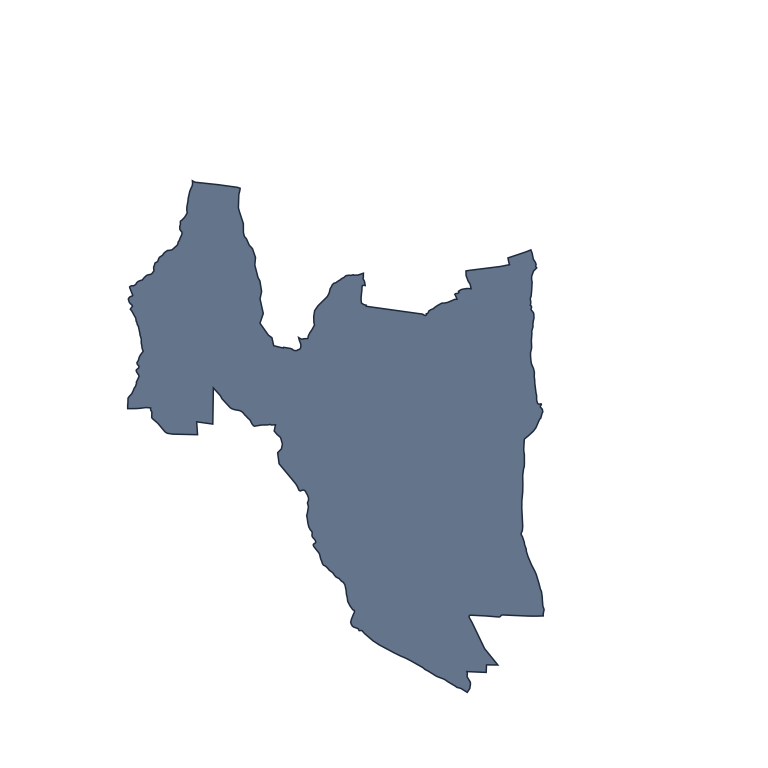 outline of Cuaxomulco, Tlaxcala, Mexico, rotated 225°
{"feature_id": "50627088B93382827511262", "entity_name": "Cuaxomulco", "entity_type": "district", "adm_level": 2, "iso_a3": "MEX", "parent_name": "Mexico", "parent_adm1": "Tlaxcala", "projection": "albers", "projection_center": [-98.088, 19.345], "detail": "fine", "context": "isolated", "style": "filled", "palette": "slate", "viewbox_px": 768, "rotation_deg": 225, "n_neighbors": 0, "source": "geoboundaries", "source_scale": "gbopen_adm2", "svg_char_len": 6171}
<svg xmlns="http://www.w3.org/2000/svg" viewBox="0 0 768 768"><g transform="rotate(225 384 384)"><path d="M616.3,257.5L613.7,257.2L606.1,255.0L604.4,253.8L603.8,253.2L602.1,252.7L600.6,251.6L598.5,251.1L592.0,246.9L591.5,246.3L587.6,244.3L584.5,241.2L582.4,239.9L580.6,238.4L578.1,237.1L577.4,236.9L576.9,232.8L576.1,230.0L574.4,227.0L573.8,224.4L572.9,223.7L571.9,223.4L570.0,223.4L569.4,222.8L568.9,221.8L569.1,219.0L568.9,218.4L568.0,217.8L566.6,217.4L563.6,216.8L562.5,216.0L560.4,210.1L559.5,209.5L558.0,206.5L557.8,204.8L556.3,201.2L555.5,198.7L555.3,194.6L555.0,193.0L551.2,189.0L550.5,188.0L547.8,185.3L542.1,191.1L539.4,194.2L535.7,199.0L532.1,202.1L531.3,201.2L530.5,200.6L528.3,200.0L524.6,196.1L524.1,195.9L522.6,195.8L516.2,196.3L506.3,195.4L504.3,195.4L502.4,195.9L498.0,199.1L480.0,216.3L489.7,224.8L476.7,234.6L501.9,260.6L491.3,260.0L488.2,259.0L476.0,258.5L474.4,258.8L471.6,260.1L467.3,263.1L465.2,263.9L462.9,264.0L459.8,263.6L458.9,263.8L456.2,263.6L453.9,263.8L452.3,263.5L449.4,262.5L447.0,262.2L445.8,262.5L441.5,268.5L438.3,271.8L436.8,273.5L436.0,274.9L435.1,275.1L434.3,275.7L431.9,278.4L428.4,273.1L424.2,272.7L419.3,273.0L413.5,269.8L410.7,265.7L410.6,260.2L401.8,253.4L375.9,251.0L373.0,250.3L368.8,248.7L367.5,249.2L366.4,251.8L364.5,252.7L360.0,251.5L356.8,250.1L355.2,248.4L354.0,245.7L350.7,243.8L347.1,238.8L345.6,236.2L343.1,234.6L339.3,231.7L336.0,229.7L333.0,228.8L331.0,228.7L329.6,228.1L328.1,226.2L327.0,225.4L325.7,225.1L323.0,225.0L321.6,224.6L320.6,224.1L320.3,223.5L320.2,222.8L320.6,221.2L320.5,220.6L320.2,220.1L319.6,219.8L318.4,219.4L310.7,218.5L309.2,218.1L305.4,215.7L302.1,214.3L300.7,213.5L298.8,213.1L296.3,213.9L293.1,213.9L291.1,213.6L286.9,214.3L283.4,213.7L281.2,213.6L278.3,214.7L274.5,214.5L272.5,215.0L269.5,214.3L264.8,211.2L261.7,208.6L259.3,207.2L255.9,204.6L251.3,203.1L246.5,202.3L244.8,202.9L243.5,201.6L242.6,199.0L240.6,194.4L239.0,191.9L237.0,190.9L235.4,190.5L233.8,190.6L229.3,192.7L227.2,192.0L225.7,193.7L225.2,194.0L221.0,193.8L210.4,194.6L203.1,196.1L186.6,201.1L179.9,203.4L175.3,205.3L169.4,207.2L155.7,211.0L153.3,211.1L149.5,212.3L141.2,214.2L139.8,214.6L132.4,217.9L127.9,218.7L120.6,220.6L117.8,221.1L115.3,222.6L114.0,223.2L107.1,224.8L108.0,229.3L110.6,232.9L112.1,234.2L118.3,235.8L120.6,238.5L122.1,239.2L107.8,252.3L112.9,257.9L104.8,265.8L125.7,268.0L153.0,277.6L158.7,279.2L159.6,279.9L159.8,280.7L159.7,281.4L148.1,291.9L138.2,300.3L137.5,301.2L137.4,303.6L137.0,304.4L117.9,321.9L112.3,327.4L107.4,332.6L108.8,333.9L111.2,337.6L112.6,338.4L114.5,339.2L119.9,343.8L120.9,344.8L125.2,348.1L126.3,348.8L128.3,349.5L133.1,352.4L141.9,357.1L145.3,358.4L151.7,360.4L160.1,363.8L164.9,366.3L166.8,367.9L171.1,369.9L172.9,371.3L178.1,373.9L180.7,374.6L181.2,375.2L181.9,376.4L182.3,377.9L185.2,381.4L199.5,394.3L200.8,395.8L203.5,398.4L209.6,405.8L214.6,411.0L221.3,417.5L225.6,423.1L226.2,424.5L228.4,427.0L235.1,433.6L237.2,435.0L239.3,436.9L245.4,443.8L245.8,444.7L245.3,449.2L245.0,456.0L245.6,460.4L248.6,468.0L249.0,469.3L249.0,470.7L251.5,475.1L252.0,476.6L254.2,478.1L257.2,478.3L257.8,478.9L258.1,480.5L258.4,481.0L259.0,481.0L260.1,479.3L260.8,479.0L262.1,479.1L264.6,480.5L268.1,483.9L270.1,485.1L278.2,491.4L279.9,493.1L283.0,495.5L285.9,498.6L289.1,500.6L293.9,502.5L296.1,504.0L299.8,507.1L302.4,509.6L304.9,513.6L306.3,515.1L310.3,518.7L315.3,524.5L316.5,525.4L317.4,526.7L319.0,529.7L321.0,531.6L322.7,533.7L324.5,536.6L327.5,539.4L328.8,540.1L332.7,540.6L333.8,542.5L334.7,543.2L335.5,543.3L336.2,543.1L337.2,544.7L338.3,545.9L339.4,546.7L340.2,547.1L341.6,548.8L341.8,549.8L345.5,554.3L351.4,560.9L353.3,562.1L355.2,564.0L355.8,564.7L358.1,569.6L358.1,574.1L358.7,574.1L360.1,574.6L361.0,576.1L362.8,577.0L366.7,577.9L371.7,581.2L375.0,582.7L377.0,577.9L385.5,560.8L381.7,558.2L379.6,557.2L384.8,549.4L404.1,524.6L406.0,521.9L402.6,518.7L397.4,516.3L393.6,515.4L389.8,513.0L392.9,510.2L395.6,506.4L396.3,505.0L396.9,502.2L395.7,501.7L396.0,500.1L397.1,498.8L397.4,497.5L394.6,496.6L392.3,495.5L393.8,493.9L396.7,486.7L398.6,483.8L400.3,482.1L401.6,477.6L402.2,474.7L402.5,471.8L403.5,469.5L403.9,467.2L403.2,465.8L403.1,464.3L403.8,463.6L402.9,462.7L403.1,461.9L403.5,461.4L405.5,460.7L406.0,460.8L451.5,426.4L452.2,427.2L454.4,425.9L457.1,425.3L459.1,426.8L461.4,429.0L466.4,435.2L467.7,436.5L468.9,438.3L468.2,439.4L466.9,440.3L469.1,441.9L470.5,442.8L473.2,443.6L474.2,445.0L476.9,447.8L479.4,442.7L482.1,439.8L483.0,439.5L484.3,437.2L485.0,436.8L485.8,436.0L487.5,433.8L487.7,430.9L488.6,428.3L488.5,426.9L489.0,425.6L489.7,421.4L490.7,419.9L490.7,417.5L489.8,415.0L489.5,413.4L487.1,409.5L486.0,406.1L485.9,404.2L486.0,392.7L484.9,386.8L481.4,382.0L477.2,378.0L474.8,376.5L473.3,371.2L472.7,367.9L471.5,364.4L470.2,362.6L470.3,361.8L471.7,360.5L472.7,359.3L473.7,357.6L475.0,357.0L477.2,356.5L475.0,355.1L471.1,353.4L469.1,351.5L468.5,350.4L468.2,348.8L469.2,347.1L469.2,346.2L469.9,345.3L471.2,344.2L472.2,343.8L473.5,343.8L475.3,343.0L481.0,338.9L480.7,338.3L482.7,336.9L489.1,333.1L496.0,337.5L500.2,336.8L514.7,339.3L519.2,348.5L531.8,356.5L536.0,362.9L544.6,369.1L548.4,370.2L559.5,376.8L564.3,382.6L572.7,386.7L577.5,386.9L583.9,389.4L587.0,389.6L590.5,391.7L596.9,398.0L608.2,403.7L611.5,405.6L620.6,415.3L622.6,418.7L624.1,420.7L626.9,419.3L642.7,407.3L660.4,393.0L663.2,392.2L661.0,390.3L659.4,387.8L659.1,386.5L657.6,382.9L653.8,376.9L651.9,374.6L648.5,369.7L646.4,367.5L644.1,365.8L642.9,361.1L642.8,357.5L643.1,355.3L642.4,354.3L640.9,353.0L639.7,350.8L637.7,349.0L636.2,348.6L634.5,348.6L633.3,347.7L632.3,345.8L631.7,343.9L630.1,340.2L630.0,338.9L628.5,336.8L628.4,335.2L628.8,328.9L630.4,326.6L631.5,325.4L632.0,322.9L632.1,320.3L631.6,318.6L632.4,314.8L631.7,312.6L631.2,311.9L630.7,310.3L631.5,307.7L630.3,305.6L629.7,304.0L628.9,303.1L626.8,301.5L626.2,298.7L626.4,296.7L628.0,294.4L628.7,292.8L628.8,289.9L628.5,286.6L629.5,284.8L630.4,282.7L630.5,280.5L630.0,279.4L630.1,277.8L630.7,276.1L631.7,275.3L632.3,274.3L632.5,273.5L632.5,272.7L631.7,272.2L624.3,269.0L624.2,268.4L624.9,267.0L625.3,265.9L625.2,263.9L624.8,263.2L622.0,261.7L620.0,261.4L618.7,261.7L616.9,261.2L616.3,257.5Z" fill="#64748b" stroke="#1e293b" stroke-width="1.5"/></g></svg>